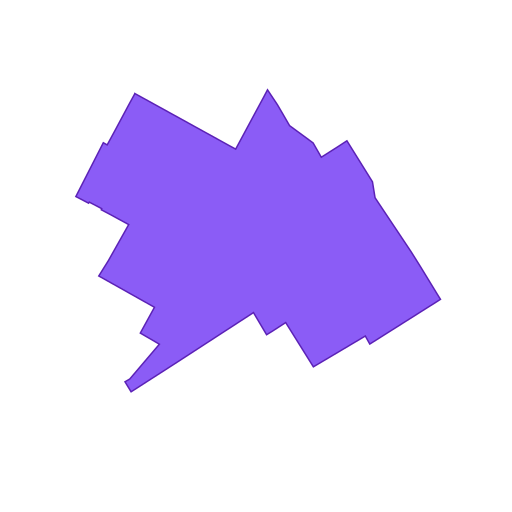 Dolores, Buenos Aires, Argentina, rotated 285°
{"feature_id": "61730980B96971314093631", "entity_name": "Dolores", "entity_type": "district", "adm_level": 2, "iso_a3": "ARG", "parent_name": "Argentina", "parent_adm1": "Buenos Aires", "projection": "robinson", "projection_center": [-57.606, -36.418], "detail": "fine", "context": "isolated", "style": "filled", "palette": "violet", "viewbox_px": 512, "rotation_deg": 285, "n_neighbors": 0, "source": "geoboundaries", "source_scale": "gbopen_adm2", "svg_char_len": 839}
<svg xmlns="http://www.w3.org/2000/svg" viewBox="0 0 512 512"><g transform="rotate(285 256 256)"><path d="M258.9,442.7L261.9,445.4L266.2,440.8L274.2,432.4L288.2,417.7L300.0,405.0L343.1,355.9L357.8,349.3L390.8,314.0L382.1,306.2L368.3,293.5L380.0,281.9L390.6,254.7L400.5,244.8L407.7,237.5L412.8,231.7L419.5,224.1L411.1,222.2L395.1,218.4L354.0,208.7L355.6,202.0L375.4,122.0L381.4,97.6L381.6,96.9L381.2,96.9L380.4,96.7L369.7,94.1L359.0,91.6L340.2,87.2L324.8,83.5L324.8,83.4L325.9,79.2L266.8,66.6L263.7,80.6L264.9,81.0L261.8,94.7L260.6,94.6L258.8,102.6L253.4,124.9L213.3,114.6L196.0,109.3L180.2,171.2L151.6,164.2L145.8,185.5L104.5,165.9L100.6,162.0L92.5,170.5L129.7,204.3L200.7,268.2L182.7,286.6L187.2,290.9L199.4,301.9L163.8,340.1L207.0,382.3L200.4,388.7L250.8,435.2L258.9,442.7Z" fill="#8b5cf6" stroke="#5b21b6" stroke-width="1.5"/></g></svg>